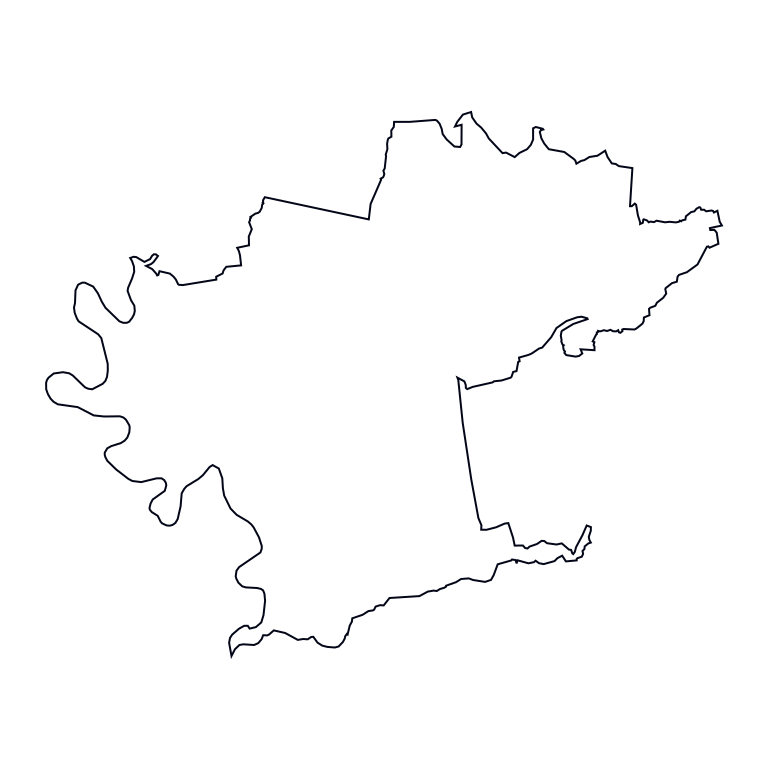 outline of Icusesti, Neamt, Romania
{"feature_id": "2599482B97507764985483", "entity_name": "Icusesti", "entity_type": "district", "adm_level": 2, "iso_a3": "ROU", "parent_name": "Romania", "parent_adm1": "Neamt", "projection": "albers", "projection_center": [26.969, 46.799], "detail": "fine", "context": "isolated", "style": "outline", "palette": "ink", "viewbox_px": 768, "rotation_deg": 0, "n_neighbors": 0, "source": "geoboundaries", "source_scale": "gbopen_adm2", "svg_char_len": 6098}
<svg xmlns="http://www.w3.org/2000/svg" viewBox="0 0 768 768"><path d="M231.5,656.0L234.9,649.3L239.4,645.0L243.3,644.3L254.1,645.0L258.3,643.1L261.6,639.2L263.2,635.2L267.1,635.4L269.0,634.6L273.8,630.4L285.2,633.0L297.8,639.9L303.1,639.0L307.7,639.3L311.2,637.0L313.3,636.8L317.5,642.6L322.2,645.6L327.3,646.9L334.8,647.5L338.6,646.5L342.9,642.0L344.7,638.6L345.2,636.3L346.9,633.9L347.6,634.5L349.7,625.7L351.9,621.6L352.3,618.3L362.6,614.8L368.4,611.1L372.9,610.4L374.1,609.7L375.6,606.6L379.9,605.2L383.7,605.4L389.5,598.0L419.4,596.1L427.8,591.6L433.6,590.6L436.8,591.0L440.0,589.0L444.1,587.8L446.0,586.7L446.1,585.7L456.0,582.2L461.1,579.0L468.8,578.4L473.1,580.0L485.1,581.9L491.0,579.9L493.7,575.1L497.7,564.3L511.4,560.4L512.0,559.5L515.7,560.1L516.3,562.6L516.8,562.7L517.6,560.3L528.4,563.3L533.9,562.2L535.6,560.7L539.0,563.2L543.7,564.1L554.5,561.1L557.5,558.1L562.2,555.7L565.9,561.4L576.7,560.4L576.7,559.0L577.4,558.2L581.8,556.7L583.1,553.9L582.5,551.0L584.4,549.1L584.7,546.4L588.4,543.4L590.8,542.6L589.3,539.8L588.8,536.8L590.8,530.8L590.9,527.1L586.7,525.5L582.4,535.3L576.1,547.1L574.8,551.9L573.2,554.1L572.4,553.5L571.1,549.9L569.0,549.6L561.8,543.4L556.5,544.5L547.0,543.2L544.4,541.1L541.7,540.8L537.0,544.0L529.5,546.6L527.5,548.5L525.1,548.0L522.9,545.5L514.7,545.6L513.0,537.5L508.3,523.1L504.6,523.6L496.1,527.3L486.4,529.8L481.2,529.7L481.4,525.2L478.4,518.1L471.3,479.6L462.7,422.8L458.3,380.1L457.4,377.6L464.4,381.4L465.7,384.8L465.9,388.0L467.2,389.1L472.7,386.9L492.6,382.4L494.0,381.3L501.5,380.5L510.6,377.7L511.5,376.8L513.2,371.9L516.5,371.1L518.2,361.9L519.6,361.3L519.0,357.6L528.5,354.9L531.9,353.4L539.1,348.5L542.2,347.6L551.2,337.2L556.5,328.0L566.4,321.1L577.1,317.3L581.5,316.7L587.3,318.3L587.6,319.1L573.2,324.0L561.9,330.9L561.4,331.9L560.8,335.7L561.6,340.2L561.3,341.4L562.5,344.5L563.7,345.2L563.1,345.7L563.4,348.5L563.9,350.3L565.0,351.5L564.4,352.9L566.3,355.1L575.5,356.6L579.0,356.0L582.3,353.5L580.6,349.3L594.5,350.2L594.5,346.6L593.6,345.0L594.4,342.2L592.7,341.4L596.1,334.6L596.9,334.1L596.8,332.4L598.1,331.9L598.1,330.9L600.1,331.4L604.0,330.2L607.0,331.0L610.5,329.8L612.9,331.2L616.2,331.4L618.2,330.2L618.9,332.3L620.4,332.8L622.5,331.1L622.2,329.6L623.6,329.0L634.5,329.5L636.4,328.5L642.5,323.6L643.7,321.1L643.9,317.5L649.5,315.2L649.0,308.9L650.3,307.7L655.3,305.8L656.9,302.7L663.2,297.8L666.2,293.6L665.3,289.1L665.7,288.1L671.9,283.2L676.8,281.7L677.6,276.6L679.0,274.9L686.9,272.2L697.5,264.5L706.9,246.7L708.4,246.4L709.5,247.7L718.4,243.8L716.7,232.6L714.4,229.9L710.3,230.0L709.9,228.1L721.9,225.5L719.7,221.7L717.4,210.8L713.9,212.5L713.1,211.0L711.6,210.5L706.2,211.3L704.0,209.7L701.2,209.8L700.3,207.5L699.1,207.2L696.4,208.8L694.4,211.3L691.1,212.1L685.9,216.3L685.4,219.6L682.1,220.4L681.1,221.3L679.8,220.6L678.9,221.8L675.9,222.4L669.5,221.8L665.0,222.3L656.5,220.7L654.0,222.1L650.5,221.6L648.8,222.3L646.9,220.4L643.8,219.3L643.3,219.6L642.8,222.8L640.1,224.0L640.2,222.6L637.9,215.3L636.1,204.7L634.8,203.6L631.8,206.2L630.0,206.2L632.4,168.1L618.8,166.1L615.8,164.0L611.8,163.4L607.6,157.1L605.2,150.7L597.5,155.7L589.4,157.0L584.4,160.1L581.1,160.9L576.4,163.7L575.3,160.5L573.7,158.9L564.3,152.0L548.8,149.2L544.2,143.5L541.4,138.4L539.8,132.0L540.9,130.1L543.3,129.5L542.8,128.8L535.8,127.0L533.1,128.3L533.1,139.6L530.8,144.9L527.1,149.2L519.5,152.9L514.7,157.1L506.1,152.6L502.5,153.1L488.8,138.5L486.0,133.4L481.2,127.6L476.5,123.6L472.2,117.4L471.1,112.0L462.9,114.6L457.2,122.0L455.0,126.5L461.6,124.8L461.5,144.5L460.1,147.0L454.4,146.5L446.7,139.5L442.7,134.1L441.7,128.9L439.6,123.7L437.0,120.7L435.4,119.9L409.3,121.9L394.1,121.9L393.8,126.9L391.3,130.5L391.4,136.7L388.3,138.5L387.7,140.2L387.1,143.9L387.4,149.2L385.7,154.7L386.1,155.9L384.7,168.5L383.4,170.7L384.3,173.9L383.8,175.8L383.0,177.4L380.6,178.7L381.1,179.8L370.6,204.0L368.8,219.4L264.8,197.2L263.0,200.4L263.2,202.5L262.7,202.9L263.3,203.5L262.2,204.7L261.7,208.0L259.7,211.7L258.1,212.9L255.4,213.6L250.4,217.0L251.0,217.7L250.1,218.7L250.0,220.4L249.1,222.2L251.8,229.2L248.8,236.5L249.0,245.3L237.2,247.8L238.9,251.1L240.0,255.4L241.1,265.4L226.3,266.8L223.6,270.3L222.6,273.5L216.2,276.7L216.3,279.6L182.7,285.1L179.0,284.8L178.1,284.2L175.9,279.6L173.6,276.7L169.9,273.6L159.5,271.2L158.3,275.0L157.1,275.4L156.3,273.7L152.2,269.1L146.1,265.9L151.0,264.1L153.5,262.1L158.0,256.0L155.8,254.3L153.8,254.3L152.0,255.9L150.1,259.1L144.4,261.9L136.3,257.1L133.6,256.8L130.2,258.0L132.0,261.0L133.9,266.4L134.2,271.8L132.1,278.4L128.1,287.8L127.6,290.9L131.0,300.2L134.3,305.6L134.8,310.9L134.0,314.4L132.2,317.8L129.2,321.7L126.8,322.8L123.1,322.8L119.4,321.3L105.5,307.8L101.8,301.7L97.9,293.3L93.2,286.6L84.9,282.7L82.1,282.7L78.1,284.7L75.5,290.4L75.0,303.0L74.0,307.6L74.7,312.8L77.0,318.7L78.7,321.4L98.2,334.3L101.3,338.1L107.7,363.7L107.8,370.7L107.0,376.9L105.4,380.9L102.7,383.8L92.2,389.3L88.1,388.7L85.0,387.3L72.8,375.5L69.2,373.3L63.0,372.2L53.7,373.5L48.5,377.7L46.9,380.1L46.1,382.9L46.2,389.3L47.9,394.1L50.6,398.7L53.6,401.8L57.8,404.3L77.7,407.1L93.7,415.4L104.1,416.5L119.9,416.3L123.4,417.5L126.0,419.7L129.3,425.3L129.7,427.5L129.3,432.4L127.3,437.6L124.6,440.7L120.8,443.1L111.3,446.1L107.3,448.3L104.8,452.5L104.7,454.6L105.3,457.0L107.3,460.8L116.3,469.6L128.4,478.9L132.4,481.0L141.2,482.1L156.8,478.3L161.5,478.3L164.2,480.1L165.8,482.7L166.3,485.3L164.8,490.8L152.7,499.5L150.6,503.5L149.5,507.9L149.9,509.8L151.8,512.1L157.7,515.8L160.6,521.6L162.0,523.3L166.5,525.4L169.7,525.7L172.6,524.9L175.4,522.9L177.7,519.0L180.6,506.3L181.7,493.3L184.3,488.8L186.6,486.2L198.2,479.1L202.9,475.2L209.6,467.0L212.6,465.1L218.8,468.5L222.3,478.3L222.9,488.3L224.2,495.6L230.5,508.5L236.6,514.8L247.9,521.5L251.5,524.6L253.7,527.5L259.0,537.4L261.8,546.1L261.7,548.9L260.4,552.5L239.1,567.1L236.5,570.7L235.7,576.2L236.3,578.6L238.4,582.7L242.2,586.3L245.8,587.4L257.2,588.0L261.1,589.0L263.1,590.4L264.4,593.6L265.1,600.7L263.5,615.1L261.3,622.4L255.9,627.1L249.6,628.6L247.8,625.8L244.2,625.8L239.0,628.7L232.1,634.7L230.0,638.0L229.1,642.8L231.5,656.0Z" fill="none" stroke="#020617" stroke-width="2"/></svg>